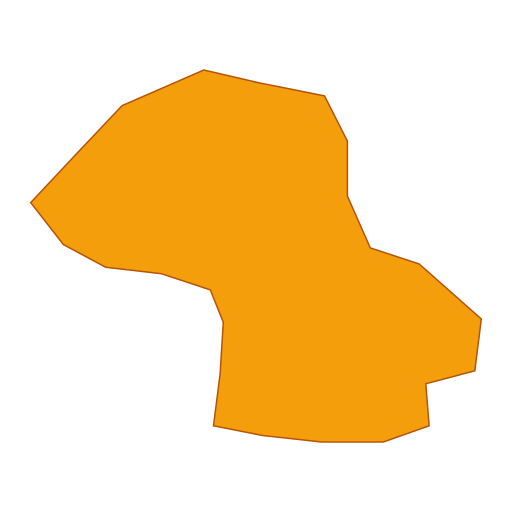 Osan-si, Gyeonggi, South Korea
{"feature_id": "91817680B96375859106804", "entity_name": "Osan-si", "entity_type": "district", "adm_level": 2, "iso_a3": "KOR", "parent_name": "South Korea", "parent_adm1": "Gyeonggi", "projection": "natural_earth1", "projection_center": [127.056, 37.158], "detail": "fine", "context": "isolated", "style": "filled", "palette": "amber", "viewbox_px": 512, "rotation_deg": 0, "n_neighbors": 0, "source": "geoboundaries", "source_scale": "gbopen_adm2", "svg_char_len": 438}
<svg xmlns="http://www.w3.org/2000/svg" viewBox="0 0 512 512"><path d="M474.8,370.8L481.3,319.0L419.2,264.0L370.3,247.9L347.4,196.1L347.4,141.1L324.5,95.9L259.3,82.9L203.8,70.0L122.1,105.6L73.2,157.3L30.7,202.6L63.4,244.6L105.8,267.3L161.3,273.7L210.3,289.9L223.3,322.3L220.1,374.0L213.5,425.8L262.5,435.5L321.3,442.0L383.3,442.0L429.1,425.8L425.8,383.7L448.4,377.8L474.8,370.8Z" fill="#f59e0b" stroke="#b45309" stroke-width="1.5"/></svg>